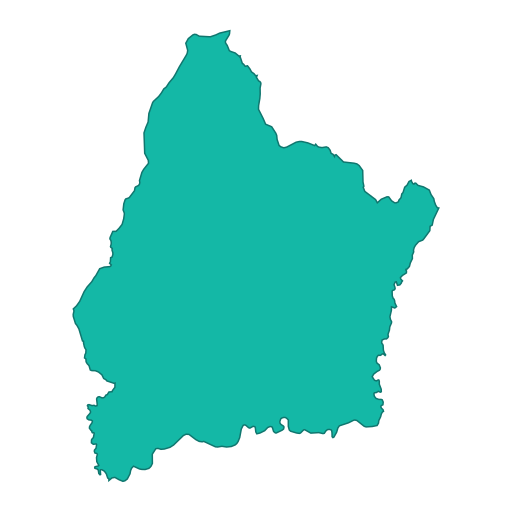 Marcabeli, El Oro, Ecuador
{"feature_id": "8360857B87513516698723", "entity_name": "Marcabeli", "entity_type": "district", "adm_level": 2, "iso_a3": "ECU", "parent_name": "Ecuador", "parent_adm1": "El Oro", "projection": "equal_earth", "projection_center": [-79.934, -3.773], "detail": "fine", "context": "isolated", "style": "filled", "palette": "teal", "viewbox_px": 512, "rotation_deg": 0, "n_neighbors": 0, "source": "geoboundaries", "source_scale": "gbopen_adm2", "svg_char_len": 5993}
<svg xmlns="http://www.w3.org/2000/svg" viewBox="0 0 512 512"><path d="M161.5,92.8L158.7,96.5L153.4,101.4L152.6,102.7L148.9,113.4L148.1,122.1L145.9,127.2L144.0,132.9L144.7,153.3L148.3,160.3L148.5,163.3L143.7,169.3L141.9,172.4L139.5,180.5L139.8,182.6L139.4,184.4L138.3,185.6L135.6,186.9L135.0,187.7L134.5,190.7L129.5,197.3L128.6,198.0L125.8,198.9L125.1,199.8L123.8,203.8L123.1,209.9L124.3,213.0L124.3,214.4L123.7,218.8L122.1,224.4L118.9,228.5L116.1,231.3L112.8,231.4L110.1,237.5L109.9,238.9L110.9,240.5L111.2,242.1L111.2,244.0L110.5,246.6L110.8,247.3L112.2,248.4L112.0,250.1L112.8,252.6L112.9,254.3L112.1,257.0L110.6,257.7L110.4,261.7L109.6,263.3L111.3,264.9L110.6,266.2L109.9,266.6L104.2,267.1L99.7,268.7L95.8,275.7L94.2,277.6L91.8,281.7L87.2,286.9L84.1,291.7L79.7,301.4L76.5,305.9L73.3,308.9L74.0,310.9L73.2,314.4L73.3,316.5L75.5,323.6L76.9,325.3L78.9,328.9L82.5,341.0L83.5,341.2L83.6,343.4L84.3,346.5L84.8,347.9L86.0,349.7L85.8,353.1L85.0,354.6L84.5,357.9L85.9,358.9L86.1,361.8L87.2,363.7L89.0,365.6L90.3,370.0L91.8,370.6L95.3,370.7L98.5,372.0L101.9,374.8L103.7,378.5L105.9,379.7L106.8,380.9L114.3,383.4L115.0,383.1L114.9,387.3L112.5,390.5L112.1,391.7L108.9,392.0L107.3,394.6L105.9,395.1L104.8,396.9L103.7,397.7L102.1,397.9L99.4,396.7L98.1,396.9L97.0,397.9L96.6,399.0L97.2,404.1L97.1,405.6L95.5,406.1L94.1,405.3L92.1,405.6L89.0,404.6L87.9,404.8L87.4,405.8L88.2,406.7L88.0,408.5L90.0,410.2L90.6,412.0L90.0,413.3L87.2,416.5L86.9,417.4L87.1,418.7L88.7,419.8L91.4,420.2L92.4,421.0L92.1,422.6L90.1,425.5L89.5,426.8L89.4,428.2L91.0,430.4L91.8,430.9L91.8,431.8L92.4,432.8L93.8,432.7L94.2,433.3L93.4,437.6L92.3,438.6L91.5,440.0L91.4,442.8L93.3,444.3L96.1,443.9L96.6,444.6L96.0,448.3L94.5,450.0L94.3,451.2L94.9,453.0L96.8,453.5L97.4,454.3L96.5,457.6L96.8,461.7L98.8,465.4L98.1,466.0L95.1,466.7L94.7,467.2L94.9,468.3L97.4,469.1L98.3,470.2L98.8,473.5L100.0,474.8L100.6,474.5L100.3,470.5L100.5,469.8L101.9,469.7L104.4,471.2L106.3,473.8L107.7,478.0L108.9,478.8L108.9,480.5L112.0,477.9L114.9,477.4L119.2,479.8L122.9,481.3L124.9,480.8L127.3,479.0L130.0,473.8L130.6,470.6L131.6,468.2L133.5,466.2L139.6,469.0L141.7,469.4L145.1,469.5L148.8,468.4L150.0,467.4L151.1,466.1L152.4,463.4L152.3,454.2L155.8,448.7L158.0,448.4L161.0,449.3L164.4,449.0L170.0,447.3L173.6,445.0L183.4,435.5L186.1,434.2L189.0,434.4L195.8,439.6L199.2,441.4L202.2,441.8L203.8,441.4L215.4,446.8L217.6,447.0L221.9,446.3L226.6,447.0L231.3,446.5L235.2,444.9L236.8,443.5L238.1,441.5L239.7,437.6L241.3,429.0L243.2,425.3L244.5,424.9L245.7,425.2L248.6,427.7L249.9,428.1L253.1,426.3L254.8,426.7L255.3,427.5L255.8,431.9L256.8,433.8L260.0,433.0L264.7,430.7L267.7,427.5L270.1,426.5L271.8,426.8L272.4,427.6L273.6,431.5L275.3,432.9L276.2,433.0L282.1,430.2L283.6,429.0L284.0,427.0L283.5,426.1L280.9,424.4L280.0,423.1L279.8,421.6L280.8,418.7L282.1,417.9L283.9,417.4L285.3,417.5L286.6,418.2L288.3,419.9L288.3,426.4L289.3,430.0L290.6,431.2L296.6,433.0L299.4,433.4L300.5,433.0L303.6,429.9L304.7,429.7L310.8,433.1L318.8,432.6L323.0,433.6L324.3,433.3L325.9,430.9L327.5,429.6L329.4,429.4L331.1,429.9L331.7,430.7L332.0,432.8L332.1,436.7L332.9,437.6L333.9,437.1L336.6,432.3L337.9,427.9L339.4,425.8L348.5,422.8L353.5,420.3L354.8,420.0L356.9,420.5L364.2,426.3L366.1,426.9L372.3,426.5L377.1,425.5L378.5,423.1L378.8,420.6L380.6,416.8L381.4,413.8L382.5,411.9L383.5,411.4L383.1,409.8L381.4,408.1L380.8,406.8L381.3,405.5L382.9,404.8L383.2,402.1L382.2,399.8L381.1,399.4L378.8,399.4L376.0,398.4L374.3,396.2L373.9,393.7L374.4,392.8L376.2,392.6L378.4,391.3L380.3,392.2L380.9,392.0L381.3,391.7L381.2,389.2L379.3,384.2L379.3,381.2L378.9,380.1L378.3,379.9L376.4,380.9L374.5,380.3L372.2,376.7L373.7,374.1L377.0,371.5L379.5,370.2L380.2,369.1L380.4,367.9L379.2,364.8L377.0,363.1L376.3,361.3L376.5,358.2L377.3,356.4L378.3,355.3L380.6,355.3L382.4,353.9L383.3,353.9L385.1,355.5L385.6,354.9L384.2,352.7L383.4,350.2L383.1,345.3L382.6,344.2L381.8,343.4L381.7,342.0L382.1,340.0L384.6,338.9L386.5,338.9L387.8,337.7L388.4,336.6L388.0,334.7L388.3,333.4L389.4,330.2L389.8,326.8L391.5,322.9L391.6,321.7L390.5,319.6L389.9,316.8L391.4,310.3L391.5,306.8L394.8,308.0L396.6,306.6L394.9,303.0L394.6,300.6L394.0,299.1L393.2,298.4L392.3,296.0L392.1,291.3L392.6,290.5L394.4,289.8L395.1,288.8L394.9,287.1L394.0,284.7L395.2,282.0L396.3,281.8L397.5,285.3L399.8,284.9L401.3,283.1L401.8,281.7L402.5,280.9L400.7,279.0L400.4,277.6L402.5,275.4L406.4,272.9L406.5,271.0L405.8,269.9L406.0,269.3L407.2,269.0L409.4,266.5L410.3,263.0L412.4,258.6L412.3,255.1L413.7,251.9L413.5,250.1L414.2,247.5L415.6,245.1L418.6,241.7L422.7,240.1L423.7,239.0L429.8,230.7L430.1,226.3L432.2,225.1L433.4,219.4L438.8,208.0L437.3,207.7L435.7,205.2L434.3,201.4L433.8,198.7L431.0,194.5L429.3,190.1L423.5,186.9L418.0,185.4L415.8,183.2L414.9,183.1L413.9,184.1L412.8,183.6L411.5,181.4L411.3,180.3L409.0,181.5L407.1,185.1L404.7,187.2L403.0,192.6L401.8,193.9L401.0,197.7L398.9,200.1L398.4,201.8L396.0,202.9L394.6,202.8L391.6,200.8L388.7,196.9L387.0,196.8L381.3,199.2L377.3,202.8L375.6,199.6L364.8,191.4L363.2,187.2L363.9,186.2L363.0,182.1L362.7,170.5L359.2,165.6L356.9,163.9L354.1,163.2L343.5,162.0L336.1,154.7L334.7,155.2L334.5,156.5L333.0,154.3L331.1,153.3L330.1,150.2L328.2,147.7L326.3,146.9L322.0,147.6L318.8,147.1L317.5,146.4L315.7,144.2L314.7,145.6L307.9,142.9L301.8,141.5L299.4,141.5L296.1,142.2L286.7,147.1L283.8,147.8L281.0,146.9L279.1,145.5L277.1,139.5L276.7,135.4L275.8,133.2L271.7,126.8L265.6,124.2L263.2,118.6L258.5,109.3L258.6,105.6L259.8,98.6L260.2,94.0L260.1,88.0L260.9,83.8L260.6,82.4L259.7,81.4L258.6,80.9L256.4,77.3L257.1,75.5L255.7,75.8L254.0,73.7L251.5,71.9L249.9,68.9L247.5,65.8L245.2,66.3L243.4,64.0L242.4,63.6L240.5,57.8L240.0,57.4L240.3,55.9L238.8,56.0L235.2,53.0L230.6,51.4L229.3,50.6L227.2,45.4L225.6,43.1L225.4,41.1L229.0,35.2L229.5,33.8L229.8,30.7L219.7,33.1L215.9,34.9L210.3,36.8L199.2,36.2L196.2,34.5L194.4,34.3L192.9,34.9L188.3,38.6L185.8,43.2L187.7,50.4L187.2,53.3L186.3,55.2L179.4,66.7L175.6,73.9L173.4,77.6L169.1,82.7L166.3,87.0L163.8,88.9L161.5,92.8Z" fill="#14b8a6" stroke="#0f766e" stroke-width="1.5"/></svg>